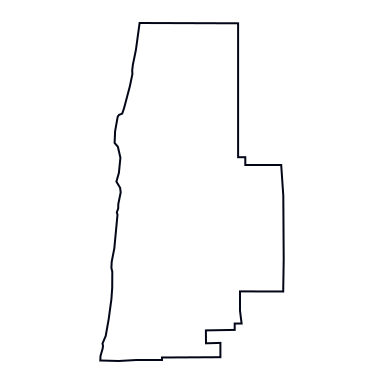 Lincoln, Oregon, United States of America (Robinson projection)
{"feature_id": "52423323B15619780159684", "entity_name": "Lincoln", "entity_type": "district", "adm_level": 2, "iso_a3": "USA", "parent_name": "United States of America", "parent_adm1": "Oregon", "projection": "robinson", "projection_center": [-123.957, 44.66], "detail": "fine", "context": "isolated", "style": "outline", "palette": "ink", "viewbox_px": 384, "rotation_deg": 0, "n_neighbors": 0, "source": "geoboundaries", "source_scale": "gbopen_adm2", "svg_char_len": 815}
<svg xmlns="http://www.w3.org/2000/svg" viewBox="0 0 384 384"><path d="M139.6,23.0L135.9,50.0L132.9,64.6L132.2,70.4L132.4,74.1L129.9,86.1L124.0,108.4L122.2,113.6L119.0,114.9L117.7,116.7L115.1,131.2L114.6,142.9L117.9,146.8L120.4,157.8L118.9,172.9L116.4,181.6L120.1,187.8L120.7,192.4L118.3,204.0L118.2,208.4L116.8,212.5L117.5,214.7L114.3,248.5L111.7,261.7L111.4,267.9L112.3,271.8L112.2,287.9L111.4,299.2L108.7,319.1L105.7,336.0L104.4,339.0L102.5,343.6L103.0,345.7L102.7,348.4L100.5,356.0L100.3,360.5L118.8,361.0L136.3,360.0L162.0,360.0L162.0,357.5L220.4,357.2L220.4,342.9L206.0,343.3L205.9,330.4L234.7,329.9L234.7,323.5L241.6,323.5L240.0,310.7L240.0,291.4L283.2,291.5L283.7,259.2L283.3,195.8L281.2,165.0L245.3,165.0L245.3,157.2L238.1,157.2L238.1,23.3L139.6,23.0Z" fill="none" stroke="#020617" stroke-width="2"/></svg>